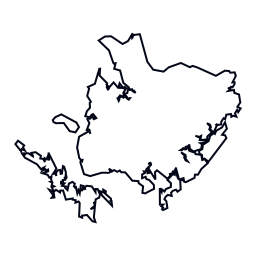 the district of Mkoani, Kusini-Pemba, United Republic of Tanzania
{"feature_id": "72390352B13842693360807", "entity_name": "Mkoani", "entity_type": "district", "adm_level": 2, "iso_a3": "TZA", "parent_name": "United Republic of Tanzania", "parent_adm1": "Kusini-Pemba", "projection": "orthographic", "projection_center": [39.684, -5.384], "detail": "fine", "context": "isolated", "style": "outline", "palette": "ink", "viewbox_px": 256, "rotation_deg": 0, "n_neighbors": 0, "source": "geoboundaries", "source_scale": "gbopen_adm2", "svg_char_len": 5839}
<svg xmlns="http://www.w3.org/2000/svg" viewBox="0 0 256 256"><path d="M147.4,61.9L139.8,34.2L135.0,34.8L132.8,35.6L132.8,36.4L132.2,36.7L132.5,37.0L132.4,37.8L132.2,38.0L132.1,36.6L133.3,34.6L132.2,34.0L128.1,41.0L122.6,44.0L111.1,36.3L105.0,36.5L98.7,40.5L109.0,50.4L113.3,62.9L114.5,64.1L114.8,63.3L115.6,63.2L114.2,68.8L120.1,70.5L123.3,82.8L128.7,87.2L129.5,89.4L132.2,89.3L132.8,90.9L134.1,90.7L135.6,92.9L132.5,91.1L131.7,89.7L129.7,90.0L128.3,88.2L127.3,93.0L124.4,93.8L127.2,97.4L127.8,99.0L128.3,99.1L129.3,98.2L130.0,98.2L128.8,99.7L127.4,98.8L125.1,96.1L123.4,97.7L120.3,95.7L120.1,97.4L119.2,98.2L117.9,98.5L119.3,99.7L118.7,100.9L117.7,98.3L120.1,95.5L124.2,96.8L123.3,92.9L126.2,88.1L124.0,86.3L125.1,88.6L123.4,88.3L119.6,83.3L118.7,86.5L121.0,87.9L118.1,87.8L113.6,82.4L109.7,86.8L107.3,85.8L108.9,88.6L108.0,89.5L106.8,87.5L107.1,83.2L99.6,75.6L100.1,68.7L99.3,68.8L94.9,83.8L87.9,87.0L89.1,88.6L87.2,96.0L90.9,101.8L89.7,103.0L90.0,107.7L86.9,111.2L85.3,116.2L90.4,117.5L90.7,115.7L92.5,114.3L93.2,114.2L96.0,117.6L95.6,118.5L95.3,118.6L94.4,117.7L94.4,118.7L93.2,119.7L94.4,117.6L95.8,117.7L93.1,114.3L91.4,116.7L92.7,117.3L89.9,118.0L90.2,119.5L89.3,118.0L87.3,119.1L89.4,123.1L86.8,129.9L89.4,129.8L90.4,133.8L88.4,129.9L87.7,131.9L79.1,136.7L77.1,147.5L79.3,158.1L81.6,160.7L82.4,159.8L82.5,159.8L82.1,161.3L80.8,160.2L80.4,162.4L84.0,174.1L90.2,176.1L101.8,172.7L109.0,172.8L111.5,170.8L110.2,170.8L108.9,168.7L111.6,170.4L111.9,171.5L114.1,170.1L117.2,171.8L119.8,170.5L121.2,172.2L125.3,172.4L132.3,180.7L138.4,181.1L138.7,183.2L143.1,186.3L142.4,192.8L145.1,193.4L154.1,188.8L153.8,184.8L149.1,179.9L146.4,179.1L145.6,176.8L142.1,178.2L142.1,174.5L144.8,173.0L143.9,171.4L146.5,171.5L146.2,169.5L150.8,164.6L150.2,163.0L149.1,163.5L148.9,163.5L148.9,163.0L149.1,163.4L149.6,162.9L150.2,162.8L150.7,163.1L151.1,164.7L147.6,168.7L147.6,173.2L149.5,172.8L149.5,170.0L155.4,179.5L155.0,172.2L157.0,170.3L167.5,178.7L170.2,175.8L169.9,174.0L173.0,173.2L172.6,172.1L173.2,171.3L174.8,172.5L174.6,171.4L175.6,170.9L175.2,170.0L175.5,169.9L175.4,169.0L176.2,167.6L175.9,171.3L176.7,170.8L178.8,178.7L182.1,180.1L181.7,178.7L183.5,178.1L184.2,181.7L185.8,182.2L194.6,177.8L195.0,174.6L197.9,174.7L201.5,168.8L207.7,163.2L204.7,159.2L202.2,160.0L201.3,154.9L195.5,154.1L195.2,152.8L189.3,150.8L187.6,146.7L185.9,149.3L184.5,149.3L183.2,148.3L182.6,149.6L182.2,150.0L181.7,150.2L180.6,150.1L183.4,148.2L185.9,148.9L185.6,146.9L187.9,146.3L189.0,147.4L188.5,146.5L189.3,144.4L189.9,148.8L193.5,151.5L201.2,149.0L202.0,144.3L200.4,143.2L205.2,142.7L206.6,140.8L199.7,140.0L201.0,136.2L199.6,137.6L195.4,135.8L199.4,136.9L201.1,135.9L200.5,139.4L201.6,140.0L207.3,139.3L207.3,136.5L211.8,132.4L209.3,129.5L210.2,126.3L207.0,123.2L209.9,124.6L210.9,127.0L210.1,129.2L213.6,132.4L216.8,125.7L216.1,124.9L217.1,123.7L216.8,125.2L221.1,124.4L221.3,121.7L223.6,118.2L225.1,119.2L226.3,114.7L230.9,114.0L231.4,116.8L233.1,115.7L236.4,116.7L235.0,113.4L237.1,109.9L238.2,112.2L240.6,108.4L237.4,106.8L240.3,102.5L239.0,94.5L234.4,92.9L234.0,90.0L228.3,90.9L230.5,88.9L230.2,88.4L229.5,88.6L228.6,88.2L228.3,87.5L229.6,88.6L230.9,86.8L232.5,87.3L234.5,84.2L234.6,82.3L232.5,82.4L235.8,75.9L234.7,72.4L230.2,72.7L229.1,71.0L224.8,70.7L215.9,75.8L197.2,67.4L192.5,65.9L189.9,67.2L180.9,63.0L168.8,67.3L163.6,71.6L153.2,69.7L147.4,61.9ZM185.6,156.7L181.1,152.3L185.5,155.0L185.6,158.6L187.6,161.3L185.6,160.4L184.2,157.4L185.6,156.7ZM35.6,152.2L31.2,152.9L31.1,153.4L32.9,155.5L32.9,156.3L28.6,153.3L22.0,153.4L22.8,154.8L25.1,154.0L23.8,156.1L24.9,157.7L37.0,164.3L40.9,169.1L44.1,167.4L42.3,170.7L46.1,168.8L45.0,170.0L46.1,170.7L48.0,169.6L48.2,171.3L42.6,173.2L47.6,174.8L49.4,177.7L52.0,176.3L50.9,177.9L51.7,181.2L50.4,181.7L52.4,182.6L51.5,186.1L53.4,185.9L54.2,186.4L51.7,187.2L53.3,190.2L52.6,191.2L49.2,189.7L53.4,195.5L51.7,197.8L54.4,197.5L53.6,192.1L55.9,189.8L60.0,192.4L60.2,190.6L63.1,190.5L65.9,199.6L72.7,198.5L72.6,199.6L75.7,200.2L75.4,202.7L78.6,201.5L79.7,203.1L79.1,216.6L82.2,217.7L82.1,215.6L87.0,215.0L92.4,221.2L95.4,222.0L93.9,217.3L94.8,207.4L90.5,209.2L94.9,205.6L93.7,201.8L95.1,204.7L95.7,199.3L99.2,197.6L99.9,194.4L97.7,189.1L95.5,189.0L95.5,192.2L91.8,186.4L86.5,185.8L84.7,187.6L85.4,189.8L84.0,188.0L81.4,191.1L83.5,186.0L80.8,185.3L79.7,193.5L78.4,190.2L77.3,193.4L75.8,186.0L75.3,187.9L73.9,186.3L74.8,183.7L72.4,181.9L68.9,183.6L67.5,190.1L65.2,187.8L66.0,186.6L62.1,185.8L64.3,183.5L61.0,183.6L61.1,181.7L63.1,181.7L62.8,180.0L65.2,179.8L66.6,177.4L66.2,175.6L65.3,177.9L63.9,178.0L65.5,177.2L65.9,172.4L64.1,166.7L63.0,166.1L61.9,173.6L60.7,173.8L60.2,169.9L58.0,170.3L56.0,172.7L56.3,175.9L55.0,173.1L52.9,174.1L56.4,168.6L48.4,152.6L49.3,160.4L47.5,157.0L46.7,159.4L44.7,158.2L44.8,162.1L43.4,159.0L40.3,158.5L40.9,155.8L35.6,152.2ZM225.0,122.4L222.0,127.4L216.2,130.8L214.9,133.9L214.0,133.1L210.2,135.8L208.6,141.1L202.9,144.8L202.3,149.1L199.0,150.8L199.5,153.8L201.9,154.9L202.5,159.6L204.5,158.6L208.5,161.7L226.4,138.1L225.1,135.3L222.1,134.8L226.9,128.6L225.0,122.4ZM176.1,172.9L174.2,173.1L174.5,174.8L172.9,174.1L167.4,179.9L170.9,183.2L170.9,187.0L165.9,189.0L164.5,191.5L162.1,189.5L161.7,192.0L159.8,188.1L159.9,204.6L163.2,204.6L161.4,206.4L163.1,207.5L162.0,209.2L163.0,210.1L167.4,208.0L166.4,201.3L164.4,199.2L165.7,196.7L167.9,194.9L171.7,195.9L171.1,192.8L172.8,190.8L176.0,189.7L177.5,191.7L180.7,189.4L180.2,180.3L178.0,178.5L176.1,172.9ZM61.3,114.4L55.3,117.2L52.8,120.1L53.4,121.9L55.9,123.2L63.8,123.0L69.6,131.1L75.4,132.4L79.0,127.1L76.4,122.5L61.3,114.4ZM103.3,189.7L103.4,192.2L100.7,191.4L102.0,195.4L112.0,205.7L111.5,201.0L109.7,201.0L111.2,200.4L110.9,198.6L104.0,192.6L103.6,191.1L105.8,192.0L105.9,191.3L103.3,189.7ZM24.2,145.4L18.0,140.7L15.4,144.1L21.1,151.3L21.7,149.1L24.8,150.5L23.0,147.3L24.2,145.4Z" fill="none" stroke="#020617" stroke-width="2"/></svg>